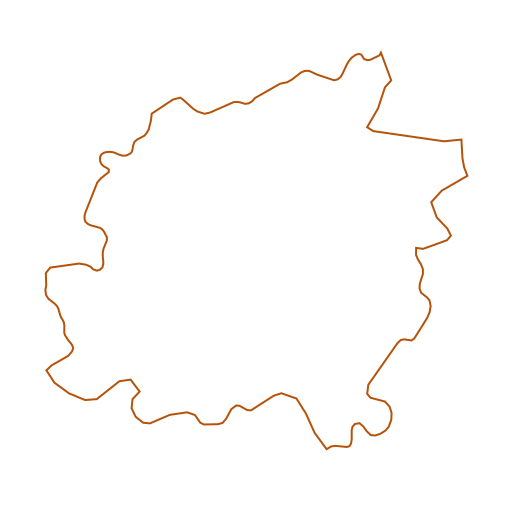 SVG path tracing the border of Lot-et-Garonne, rotated 177°
{"feature_id": "FRA-5319", "entity_name": "Lot-et-Garonne", "entity_type": "Metropolitan department", "adm_level": 1, "iso_a3": "FRA", "parent_name": "France", "parent_adm1": "", "projection": "mercator", "projection_center": [0.533, 44.365], "detail": "fine", "context": "isolated", "style": "outline", "palette": "amber", "viewbox_px": 512, "rotation_deg": 177, "n_neighbors": 0, "source": "natural_earth", "source_scale": "10m", "svg_char_len": 2605}
<svg xmlns="http://www.w3.org/2000/svg" viewBox="0 0 512 512"><g transform="rotate(177 256 256)"><path d="M44.8,361.5L44.7,342.6L43.5,333.7L40.7,325.0L67.0,311.6L78.2,300.6L73.5,285.1L63.5,273.4L60.3,266.1L64.4,261.8L88.7,254.4L95.7,255.7L96.1,248.6L94.3,243.7L91.8,239.4L90.0,234.1L90.3,229.2L93.8,219.9L94.4,215.1L93.1,210.7L87.5,205.8L85.1,202.7L84.2,197.0L85.5,190.9L88.3,185.2L102.2,165.4L105.1,163.5L112.5,165.0L115.9,164.5L119.4,161.4L150.6,121.5L152.2,112.5L149.0,108.4L134.8,103.9L130.5,98.6L128.8,92.2L129.5,85.3L132.4,78.5L136.0,74.8L141.2,71.9L146.5,70.5L150.8,71.2L154.5,75.1L157.7,80.0L161.3,83.6L166.0,83.1L168.6,80.4L169.6,76.8L170.0,68.0L170.9,63.7L172.6,61.3L175.1,60.5L187.0,62.3L191.1,61.8L195.6,59.4L206.8,76.5L214.3,95.9L223.1,111.6L237.9,117.6L245.7,115.5L269.1,102.1L272.9,102.6L280.3,107.3L283.7,107.7L288.6,104.4L294.3,95.1L298.1,91.1L302.7,90.0L317.0,90.5L320.4,92.5L325.3,100.4L332.9,103.5L350.3,101.9L370.7,94.4L377.4,95.4L384.6,101.8L388.2,110.5L386.8,119.5L379.3,126.7L387.7,139.1L399.0,138.1L422.5,121.4L434.2,121.1L449.9,128.6L463.9,140.0L471.3,152.8L465.8,157.5L448.6,166.2L444.7,170.3L443.4,173.5L444.1,176.2L445.2,178.2L447.5,181.1L449.4,184.2L450.9,187.0L451.5,189.5L451.0,196.6L451.4,199.8L452.3,202.1L453.6,204.3L454.6,207.0L456.0,213.2L457.3,216.3L459.6,219.0L465.5,224.1L467.8,228.3L468.1,233.1L467.0,237.8L466.8,249.8L466.7,250.0L462.1,255.2L433.2,257.7L426.1,256.2L421.7,253.9L419.4,251.3L415.7,249.7L412.6,250.4L410.1,252.5L409.0,255.5L408.8,258.8L409.0,262.1L409.0,265.3L408.7,268.4L407.7,271.7L404.2,279.1L403.9,282.5L406.4,288.0L408.0,290.5L410.4,292.3L419.5,295.3L422.2,296.8L424.5,299.0L425.3,302.1L425.1,305.3L424.0,308.6L410.7,337.6L406.8,341.7L398.7,347.5L398.4,350.0L400.2,351.6L403.0,353.3L405.4,355.6L406.7,358.8L406.6,362.9L404.9,365.7L402.2,367.2L399.0,367.7L395.9,367.6L392.6,366.9L386.6,364.0L383.4,363.1L380.0,363.2L376.1,365.0L374.5,366.6L373.6,369.4L373.0,372.4L371.5,376.2L368.8,378.4L361.1,382.0L358.6,384.7L356.5,388.1L354.3,395.2L353.6,398.0L352.7,403.6L330.7,416.6L323.4,418.1L320.9,416.2L310.9,406.2L307.0,403.4L299.9,400.7L294.3,401.7L270.3,410.8L267.2,410.9L264.0,410.3L258.9,408.5L255.3,408.8L251.6,410.8L248.6,413.9L222.9,426.8L215.7,427.9L210.6,430.5L201.5,436.9L197.8,438.2L194.5,438.3L192.1,437.5L185.4,433.9L168.8,427.4L165.3,428.1L162.4,430.1L160.5,432.7L155.2,442.6L153.0,445.9L150.2,448.9L146.0,451.7L142.7,452.4L140.3,451.6L137.7,447.0L134.3,445.7L131.5,446.0L122.2,449.9L120.6,452.6L111.8,424.3L118.4,417.7L126.4,397.0L138.3,378.8L132.4,374.6L62.3,360.7L44.8,361.5Z" fill="none" stroke="#b45309" stroke-width="2"/></g></svg>